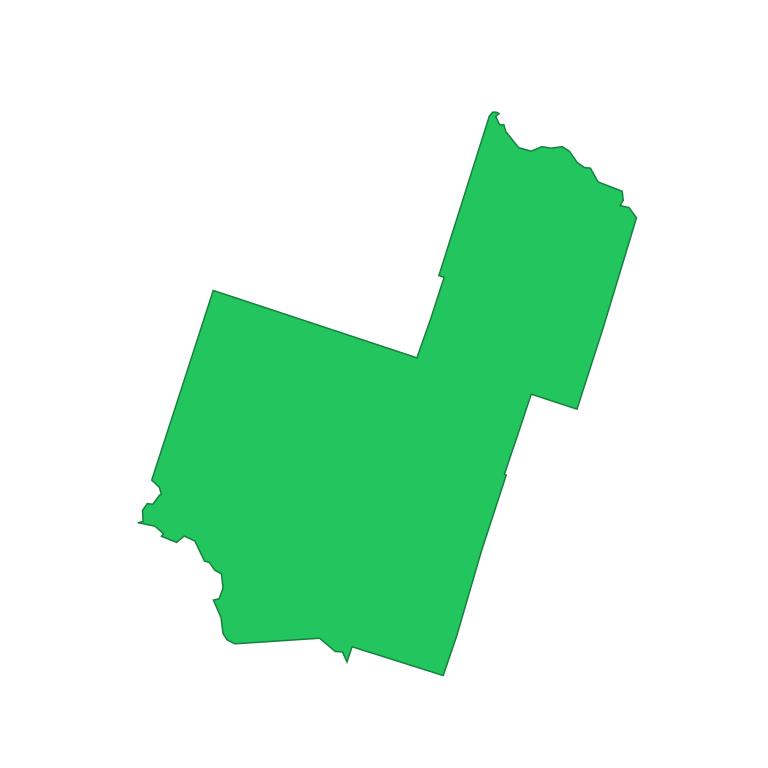 Cass, Minnesota, United States of America, rotated 198°
{"feature_id": "52423323B75286555107284", "entity_name": "Cass", "entity_type": "district", "adm_level": 2, "iso_a3": "USA", "parent_name": "United States of America", "parent_adm1": "Minnesota", "projection": "equal_earth", "projection_center": [-94.285, 46.879], "detail": "fine", "context": "isolated", "style": "filled", "palette": "green", "viewbox_px": 768, "rotation_deg": 198, "n_neighbors": 0, "source": "geoboundaries", "source_scale": "gbopen_adm2", "svg_char_len": 1032}
<svg xmlns="http://www.w3.org/2000/svg" viewBox="0 0 768 768"><g transform="rotate(198 384 384)"><path d="M242.8,642.3L254.4,653.1L260.2,651.8L268.6,654.3L279.7,662.7L287.9,664.8L298.0,659.9L307.2,658.5L316.1,650.9L329.0,650.4L346.2,661.7L350.1,667.6L354.0,666.2L360.4,672.8L358.1,676.8L361.2,677.2L364.6,676.2L366.6,671.2L365.3,504.1L359.8,504.0L359.7,461.4L360.8,419.0L384.6,419.2L575.3,420.2L575.2,309.4L575.2,220.8L565.7,216.3L561.6,210.1L563.1,208.9L566.8,198.1L572.2,197.1L574.6,189.1L570.6,178.7L575.3,176.0L558.0,178.0L547.5,173.5L548.5,170.3L532.2,169.3L527.1,177.6L515.3,176.2L500.0,160.1L495.0,160.3L487.6,154.7L479.9,153.1L474.0,140.2L474.5,128.7L479.5,125.8L466.8,111.5L459.9,96.8L454.2,92.2L445.6,90.8L366.7,122.3L347.7,114.5L340.7,116.3L333.3,108.2L333.2,124.2L237.6,125.0L237.0,167.4L239.7,254.6L239.6,335.1L241.6,335.4L241.1,377.4L240.8,419.8L192.7,419.7L192.8,462.5L192.9,504.4L195.2,620.0L205.5,627.5L214.6,626.6L213.2,632.6L217.0,640.9L242.8,642.3Z" fill="#22c55e" stroke="#15803d" stroke-width="1.5"/></g></svg>